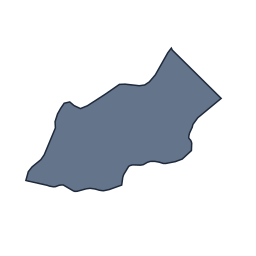 map outline of Saint Mary (Albers equal-area conic projection), rotated 295°
{"feature_id": "JAM-1381", "entity_name": "Saint Mary", "entity_type": "Parish", "adm_level": 1, "iso_a3": "JAM", "parent_name": "Jamaica", "parent_adm1": "", "projection": "albers", "projection_center": [-76.93, 18.277], "detail": "fine", "context": "isolated", "style": "filled", "palette": "slate", "viewbox_px": 256, "rotation_deg": 295, "n_neighbors": 0, "source": "natural_earth", "source_scale": "10m", "svg_char_len": 978}
<svg xmlns="http://www.w3.org/2000/svg" viewBox="0 0 256 256"><g transform="rotate(295 128 128)"><path d="M37.3,57.6L46.3,56.1L52.2,57.5L62.4,62.4L68.3,63.4L97.3,62.2L103.0,59.2L111.0,58.2L117.5,58.7L123.5,59.7L127.0,64.2L125.5,69.7L125.5,76.7L131.0,81.8L148.5,92.8L163.9,101.8L166.5,106.8L171.1,120.4L174.0,124.9L178.7,127.8L187.6,130.3L213.1,132.3L218.7,133.5L217.3,135.2L194.2,199.9L166.8,186.9L158.6,185.3L155.8,185.9L149.5,185.9L146.5,186.5L144.6,187.3L143.9,188.6L143.4,189.9L142.2,191.3L141.1,192.2L134.4,195.0L122.8,190.3L117.6,185.2L111.8,177.2L110.8,175.0L110.2,170.6L109.1,166.4L107.2,162.4L105.1,160.1L101.2,157.3L99.6,155.0L96.6,147.9L95.1,146.0L93.5,144.8L84.1,143.8L82.6,143.9L81.1,144.1L73.6,146.4L64.2,136.9L60.9,132.5L60.3,131.1L59.5,128.3L58.8,123.9L57.3,119.1L55.2,115.8L49.1,108.6L48.1,106.6L47.9,105.1L49.0,93.5L48.1,91.5L46.8,89.6L44.2,87.1L43.2,85.3L42.2,81.6L41.9,78.9L37.7,59.9L37.3,57.6Z" fill="#64748b" stroke="#1e293b" stroke-width="1.5"/></g></svg>